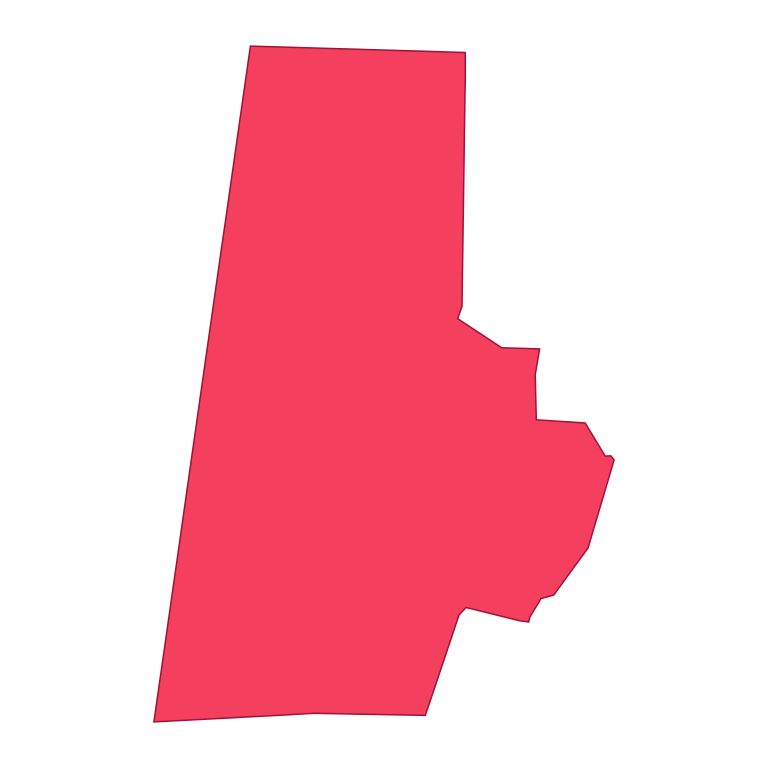 the district of Durham, North Carolina, United States of America
{"feature_id": "52423323B73804812534091", "entity_name": "Durham", "entity_type": "district", "adm_level": 2, "iso_a3": "USA", "parent_name": "United States of America", "parent_adm1": "North Carolina", "projection": "albers", "projection_center": [-78.845, 36.051], "detail": "fine", "context": "isolated", "style": "filled", "palette": "rose", "viewbox_px": 768, "rotation_deg": 0, "n_neighbors": 0, "source": "geoboundaries", "source_scale": "gbopen_adm2", "svg_char_len": 871}
<svg xmlns="http://www.w3.org/2000/svg" viewBox="0 0 768 768"><path d="M153.9,721.9L254.0,716.6L254.4,716.6L293.8,714.5L294.2,714.4L314.5,713.3L334.4,713.7L422.8,715.3L425.3,715.4L427.5,708.8L427.7,708.4L448.1,647.6L458.3,617.1L459.1,614.8L466.1,607.5L519.3,620.7L528.7,622.0L529.0,620.5L529.5,618.3L529.8,617.2L530.4,616.1L539.4,601.4L539.8,600.5L540.0,600.2L540.4,599.1L540.6,598.7L553.8,595.0L574.0,567.2L587.5,548.8L588.1,547.8L614.1,459.9L610.8,455.8L605.2,456.1L585.2,423.0L536.3,419.8L535.6,390.3L535.5,385.9L535.2,375.0L539.6,348.9L503.3,347.8L501.6,347.7L457.7,318.7L462.0,306.3L465.0,92.6L465.3,79.6L465.3,52.5L257.3,46.3L250.4,46.1L225.6,220.0L224.3,229.0L221.0,251.5L219.6,261.5L194.8,435.2L182.5,521.6L181.5,528.6L176.9,561.1L174.8,575.6L172.7,590.2L164.0,651.5L162.6,661.0L162.3,663.1L153.9,721.9Z" fill="#f43f5e" stroke="#9f1239" stroke-width="1.5"/></svg>